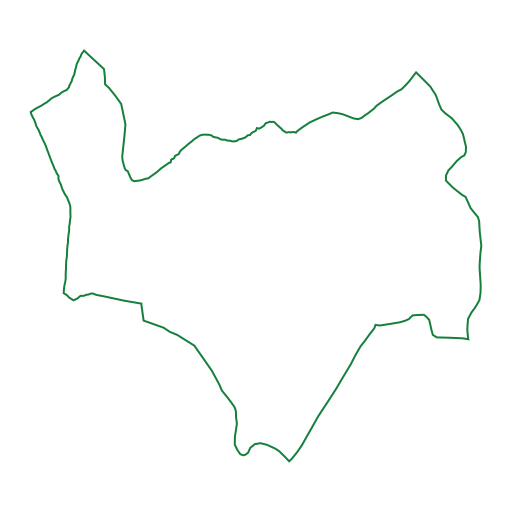 Thies, Thiès, Senegal (Natural Earth projection)
{"feature_id": "50182788B65872214095625", "entity_name": "Thies", "entity_type": "district", "adm_level": 2, "iso_a3": "SEN", "parent_name": "Senegal", "parent_adm1": "Thiès", "projection": "natural_earth1", "projection_center": [-16.945, 14.73], "detail": "fine", "context": "isolated", "style": "outline", "palette": "green", "viewbox_px": 512, "rotation_deg": 0, "n_neighbors": 0, "source": "geoboundaries", "source_scale": "gbopen_adm2", "svg_char_len": 4998}
<svg xmlns="http://www.w3.org/2000/svg" viewBox="0 0 512 512"><path d="M416.1,72.4L413.1,76.2L409.3,81.2L406.3,84.5L401.5,89.3L396.9,91.7L391.2,95.7L384.4,100.2L380.6,102.8L377.9,104.8L376.6,105.7L373.9,108.7L368.0,113.3L365.0,115.3L361.4,118.0L358.3,119.1L358.2,119.2L353.6,118.4L348.8,116.6L342.6,114.2L338.5,113.3L335.4,112.9L332.8,112.5L328.9,114.2L322.2,116.8L315.5,119.7L309.5,122.6L301.5,127.9L295.7,132.4L295.7,132.6L293.8,132.0L291.5,132.2L290.5,132.4L289.2,132.1L287.8,132.3L286.6,132.6L285.0,131.9L284.0,131.0L282.6,130.3L281.2,128.4L279.9,127.5L278.5,126.1L276.7,124.6L275.6,123.4L274.7,122.5L273.7,121.8L271.4,122.0L269.9,121.7L267.7,122.6L265.9,123.1L264.8,124.4L264.2,125.5L262.4,126.8L261.4,127.4L260.1,128.1L259.1,128.6L256.9,128.1L256.0,130.4L254.9,131.3L252.8,132.2L251.3,133.3L250.0,135.0L247.8,135.3L246.6,136.4L245.2,137.5L243.0,138.4L240.8,139.0L238.7,139.4L236.8,140.9L234.1,141.4L232.4,141.4L229.9,140.7L227.5,140.6L226.8,140.3L225.0,139.7L222.0,139.7L219.9,139.0L217.9,137.8L215.2,137.3L213.1,136.8L211.7,135.5L209.0,134.8L206.3,134.7L203.0,134.7L201.0,135.1L199.4,135.8L197.5,137.1L196.0,138.0L193.8,139.5L191.9,141.3L189.9,142.8L187.4,144.8L185.5,146.6L183.4,148.2L181.6,149.7L180.0,151.5L178.8,154.0L177.0,154.9L175.1,155.8L174.1,158.2L173.4,158.7L172.0,159.1L171.1,159.8L170.8,162.1L169.9,162.7L169.4,162.6L161.3,168.2L157.0,172.0L153.1,174.8L150.4,176.7L148.4,178.3L145.6,178.8L144.0,179.3L140.8,180.3L138.3,180.7L134.1,181.2L131.8,180.0L130.5,177.7L127.8,171.3L125.5,169.8L124.6,167.9L123.9,165.5L123.2,162.8L122.7,161.1L122.2,156.8L122.7,152.1L123.3,146.4L124.1,139.2L125.0,130.0L125.4,124.2L121.2,104.0L115.2,95.6L108.9,87.8L105.1,84.3L104.9,77.8L104.9,77.1L104.0,69.1L99.4,64.8L90.9,57.0L84.1,50.6L83.6,51.3L82.7,52.4L81.8,53.6L81.2,54.8L80.5,56.8L79.5,58.1L78.6,60.3L77.8,61.9L77.2,63.0L76.6,64.6L76.3,65.9L76.1,67.2L75.4,69.1L75.1,70.6L74.8,72.2L74.4,73.3L74.2,74.9L74.0,75.1L73.1,76.8L72.5,78.3L72.1,79.5L71.7,81.2L71.3,82.0L70.7,82.9L70.1,84.4L69.2,85.7L69.1,87.1L67.7,88.7L67.1,89.7L65.7,90.4L64.7,90.8L63.0,91.7L60.7,93.2L59.0,94.8L57.5,95.4L56.2,96.0L54.5,96.7L53.1,97.5L51.5,98.3L50.2,99.5L48.9,100.6L47.6,101.6L46.6,102.5L45.7,102.9L45.5,103.0L43.4,104.3L41.3,105.7L39.4,106.7L37.2,107.8L35.5,108.8L34.3,109.5L32.6,110.8L31.2,111.7L30.7,112.0L31.4,114.5L32.3,116.2L32.9,117.7L33.9,119.2L34.8,121.3L35.5,123.3L35.9,124.5L36.2,125.8L37.2,127.7L38.5,129.7L39.2,131.5L40.0,133.3L40.6,135.1L41.8,137.2L42.8,139.7L43.9,141.7L45.1,144.3L45.9,146.3L46.6,148.1L47.3,150.3L48.2,152.4L48.8,154.1L49.4,155.8L50.1,157.5L50.9,159.8L51.8,162.1L52.6,163.9L53.6,166.3L54.4,168.6L55.5,170.5L56.4,172.5L57.1,173.9L57.7,174.7L58.6,176.1L58.3,178.4L59.3,181.6L60.9,184.6L62.1,188.6L63.0,190.5L63.2,190.8L64.5,193.5L65.8,195.7L67.0,197.2L67.9,199.7L68.9,202.0L69.7,204.3L70.2,205.8L70.3,207.2L70.4,209.1L70.3,210.7L70.4,212.8L70.4,214.3L70.5,216.6L70.3,218.8L70.0,220.5L69.8,223.0L69.4,225.3L69.1,227.3L69.2,228.9L69.1,230.8L68.8,232.9L68.4,235.4L68.3,237.2L68.0,238.8L68.0,241.1L68.0,242.7L67.5,245.2L67.4,247.1L67.1,249.3L67.1,251.9L67.0,253.8L66.9,256.3L66.5,259.0L66.2,261.8L66.1,264.0L66.0,266.3L66.0,268.9L65.8,271.3L65.7,273.6L65.7,276.0L65.7,278.4L65.5,280.5L65.2,282.1L64.6,284.5L64.3,286.4L64.0,288.6L63.8,291.5L63.7,293.2L67.1,295.3L69.0,297.5L73.5,300.3L75.1,299.6L77.2,298.6L80.5,295.9L83.4,295.9L86.0,294.9L88.9,294.4L91.0,293.5L93.2,293.6L96.0,294.8L105.2,296.6L124.3,300.7L141.3,303.6L141.3,303.9L143.6,320.6L163.6,327.7L169.9,331.9L177.2,334.9L194.3,345.6L199.9,353.6L211.9,370.8L216.1,378.6L219.4,384.7L221.9,390.6L227.4,397.4L231.3,402.5L234.7,407.4L235.9,411.2L236.1,417.5L236.9,423.6L236.0,429.8L234.9,436.6L234.8,444.7L237.4,450.1L240.3,454.2L243.4,455.3L245.6,454.6L248.1,452.7L250.3,447.8L254.9,444.1L260.6,443.2L266.9,444.8L275.2,448.6L279.2,451.2L285.6,457.5L288.1,460.2L288.8,460.9L289.1,461.2L289.2,461.3L291.8,458.8L297.2,452.1L301.8,445.4L307.2,435.8L312.6,426.3L318.0,416.7L321.2,411.7L327.7,401.9L336.4,388.4L341.3,380.0L350.7,364.4L355.3,355.4L360.5,346.4L365.0,340.7L369.9,333.9L374.3,328.3L375.5,324.9L379.8,325.5L390.3,323.9L393.7,323.3L399.9,322.3L405.0,320.8L407.7,319.6L408.9,319.1L410.0,317.9L412.6,315.4L417.7,315.0L423.9,314.8L426.1,316.6L429.1,319.7L430.1,323.7L431.4,329.8L432.1,332.2L432.8,334.9L436.8,337.4L448.4,337.7L462.4,338.3L468.3,339.2L468.2,338.9L467.3,330.1L467.6,324.1L468.1,318.7L471.4,312.6L475.1,307.6L477.2,304.1L479.4,300.1L480.5,293.0L480.7,285.7L480.7,284.8L479.6,268.5L479.6,265.5L479.9,260.5L480.5,252.2L481.1,247.6L481.3,246.1L481.3,245.8L480.8,241.4L479.7,231.3L479.2,222.1L479.2,221.7L478.0,217.2L473.3,211.5L470.6,208.1L465.6,196.9L462.4,195.1L456.6,190.6L452.8,187.5L448.4,183.1L445.9,180.5L446.0,175.5L448.4,170.4L451.5,167.2L456.8,161.0L461.3,157.0L464.2,155.5L465.8,152.2L466.0,148.0L466.0,146.8L464.7,141.6L464.1,138.7L462.9,134.0L460.6,129.5L457.5,124.8L451.6,118.1L445.4,113.4L441.5,109.7L439.3,104.8L435.8,95.1L430.3,86.6L424.2,80.4L416.1,72.4Z" fill="none" stroke="#15803d" stroke-width="2"/></svg>